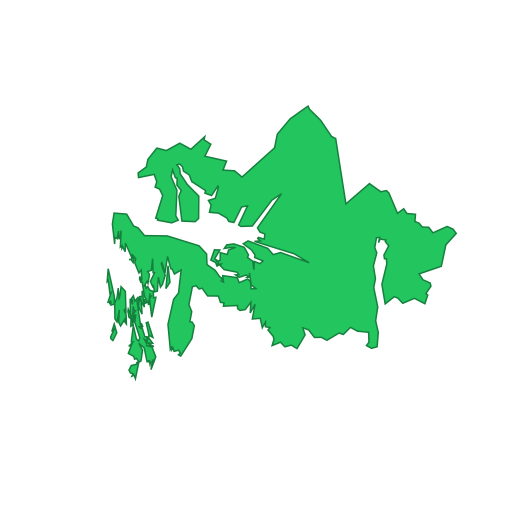 outline of Brønnøy nor, Nordland, Norway, rotated 322°
{"feature_id": "86288312B44340312529107", "entity_name": "Brønnøy nor", "entity_type": "district", "adm_level": 2, "iso_a3": "NOR", "parent_name": "Norway", "parent_adm1": "Nordland", "projection": "mercator", "projection_center": [12.383, 65.417], "detail": "fine", "context": "isolated", "style": "filled", "palette": "green", "viewbox_px": 512, "rotation_deg": 322, "n_neighbors": 0, "source": "geoboundaries", "source_scale": "gbopen_adm2", "svg_char_len": 6154}
<svg xmlns="http://www.w3.org/2000/svg" viewBox="0 0 512 512"><g transform="rotate(322 256 256)"><path d="M395.7,378.2L412.5,364.1L427.7,361.5L427.8,356.2L424.8,350.4L409.7,346.7L409.8,339.7L404.9,335.6L404.7,330.6L402.5,326.6L407.4,321.3L401.1,315.5L401.5,309.7L393.8,309.5L399.5,288.3L399.1,284.8L393.9,282.2L390.0,268.8L358.9,270.3L391.1,212.5L389.1,208.3L390.5,188.9L388.5,173.4L389.3,169.9L367.6,168.9L347.8,173.1L337.2,182.2L293.6,185.2L291.5,175.6L282.9,168.0L291.2,163.1L277.1,145.9L289.2,140.1L286.6,132.5L289.1,130.4L270.4,131.8L265.4,120.2L250.3,117.7L244.3,109.9L230.3,113.3L224.4,118.3L214.2,118.0L211.7,121.9L226.0,129.0L223.5,136.4L218.9,139.6L221.2,143.9L219.7,150.9L200.2,164.5L201.5,166.0L200.5,167.2L210.0,178.0L216.8,179.9L217.5,175.0L234.1,155.6L238.0,141.2L243.3,136.8L240.6,144.8L241.8,146.0L237.3,151.5L237.4,158.3L231.9,161.5L219.1,182.9L229.2,191.5L233.9,191.1L247.8,173.6L245.9,157.2L246.9,144.6L249.7,140.1L249.8,135.5L252.5,136.6L253.0,140.5L251.1,144.4L253.3,151.0L251.2,157.9L256.6,173.5L254.4,175.0L258.2,181.0L269.0,177.4L269.0,178.4L259.5,185.5L252.7,182.9L252.0,188.2L246.2,192.9L252.7,199.0L256.4,208.0L255.8,212.0L259.2,216.0L274.9,208.5L280.2,211.3L261.4,220.8L262.4,223.5L271.5,230.1L302.9,221.8L314.5,222.6L274.5,234.7L273.8,239.5L276.5,244.1L272.9,247.8L269.3,242.8L268.1,243.3L268.8,246.8L263.8,243.5L287.5,277.9L293.8,294.1L277.5,268.4L270.4,265.5L270.0,257.3L259.0,239.2L253.5,238.5L256.2,248.5L255.8,254.7L254.0,256.4L258.5,264.2L254.5,264.5L251.3,259.2L245.9,265.5L250.2,258.1L248.4,251.9L250.7,250.6L252.1,241.9L246.0,232.8L239.8,229.2L235.6,230.5L241.7,233.9L244.4,236.1L244.5,236.4L238.1,234.4L234.3,237.1L229.9,231.4L225.1,237.3L221.8,236.1L222.6,234.8L221.9,234.1L221.8,233.0L222.1,232.6L231.2,229.0L227.1,225.5L217.9,231.4L220.2,236.3L219.2,239.2L222.0,238.2L220.3,240.2L222.5,240.1L223.8,241.0L221.9,241.4L222.5,247.1L231.1,257.1L231.0,260.2L228.3,258.3L229.6,262.5L236.7,265.0L237.3,267.2L235.8,267.2L237.6,268.5L240.5,265.4L234.4,275.8L235.8,281.5L231.9,278.9L235.9,272.8L235.3,269.0L226.4,266.7L227.8,261.4L217.7,251.0L214.3,256.6L213.2,254.2L215.8,253.1L214.6,250.2L215.0,242.0L212.1,232.6L218.3,224.0L217.4,212.9L198.4,185.5L180.7,171.3L180.4,161.1L178.0,157.0L179.9,143.4L170.6,134.8L162.5,142.4L152.0,159.5L156.3,154.5L157.3,156.9L163.1,151.7L159.9,155.3L158.5,158.5L165.4,152.9L154.6,165.4L156.6,165.3L155.0,167.4L156.6,166.8L155.5,172.1L161.1,165.5L156.8,181.9L153.7,180.8L155.4,181.8L155.1,185.6L158.0,183.3L159.3,178.1L159.6,184.1L156.3,186.7L153.3,197.3L156.9,196.4L151.4,204.4L150.1,204.7L151.9,200.6L150.0,202.5L149.1,205.9L150.2,206.5L143.0,219.7L142.3,224.5L140.0,224.8L141.6,221.2L139.4,225.0L142.5,225.7L141.2,228.5L149.5,220.1L146.5,223.4L149.6,222.8L145.6,224.3L136.2,240.0L151.7,226.9L149.6,225.7L153.3,220.6L151.2,217.5L151.9,213.4L149.5,213.8L150.7,211.1L149.5,210.9L154.5,208.9L154.0,211.1L160.8,204.9L161.1,201.5L164.7,202.9L172.9,194.4L164.6,205.8L165.8,206.7L157.1,211.0L155.7,216.6L156.8,216.4L154.0,221.8L156.6,223.0L166.1,212.5L161.5,221.7L164.8,220.8L172.6,215.3L176.6,203.7L177.7,203.4L173.9,213.3L186.0,201.9L181.0,213.6L181.9,214.8L180.6,220.0L188.4,220.9L172.1,237.5L164.4,239.4L144.5,255.7L130.9,276.9L134.2,275.4L132.0,278.0L133.9,277.4L132.7,280.7L137.0,282.6L136.5,285.9L134.0,286.1L135.1,288.5L154.6,281.6L164.5,272.9L165.0,268.8L163.5,267.0L171.1,260.3L173.1,253.1L186.9,241.1L190.5,242.6L190.8,247.0L193.7,248.2L193.3,257.7L201.7,264.4L199.4,270.7L201.9,273.2L199.4,275.5L210.9,283.6L209.1,286.2L209.8,289.0L214.5,291.6L223.5,289.3L216.4,297.3L225.6,293.4L214.3,303.4L221.0,307.7L216.8,316.4L222.8,313.9L219.9,317.6L223.0,320.9L219.9,321.7L220.1,329.9L218.8,332.8L213.5,336.5L222.2,339.0L222.8,345.3L229.0,348.0L231.3,354.2L246.1,348.4L248.7,341.4L252.0,346.7L251.9,356.2L257.4,360.3L260.0,366.1L273.9,367.8L276.5,371.6L286.5,370.4L289.7,377.8L297.8,385.4L291.9,393.5L287.9,394.6L290.2,399.9L295.6,402.1L305.3,391.5L310.4,380.7L320.5,371.2L329.4,353.3L336.1,347.5L342.4,336.1L353.1,327.9L354.7,322.6L362.1,315.8L364.9,317.5L360.8,320.9L364.3,319.1L368.2,323.4L366.8,324.1L366.8,329.7L357.4,334.0L355.5,337.3L357.1,338.5L354.0,342.9L337.7,355.9L328.3,373.3L339.8,373.2L341.8,376.2L342.5,383.6L354.8,386.9L359.7,397.6L367.3,392.5L366.8,390.2L375.3,387.5L376.6,384.5L372.9,377.5L373.5,370.5L395.7,378.2ZM130.4,212.3L121.1,224.6L122.6,219.2L121.1,220.6L118.2,226.0L118.7,228.7L114.1,234.3L117.0,234.6L120.3,225.8L120.8,224.9L121.3,224.6L118.9,233.4L123.3,226.6L122.3,226.8L128.3,220.1L126.3,224.3L127.4,224.9L123.8,226.2L122.3,230.1L125.4,227.9L119.7,233.6L114.2,248.7L111.2,250.9L110.7,247.8L116.5,235.3L105.0,246.7L106.3,247.9L100.0,248.9L104.1,248.9L95.4,254.2L97.9,259.8L96.8,262.5L98.7,263.2L98.7,266.9L96.4,266.6L96.2,267.4L100.8,267.9L108.7,260.3L109.9,252.5L111.3,259.6L105.3,271.7L107.0,272.6L105.6,272.7L107.0,274.0L105.7,276.2L108.0,275.0L108.8,275.7L110.8,274.6L111.6,275.0L106.6,277.6L103.3,280.9L114.9,273.8L118.0,263.8L114.2,258.6L119.8,264.5L117.0,257.8L120.9,261.1L121.0,254.5L122.9,252.6L124.6,256.7L130.2,241.6L128.4,241.0L122.9,252.5L116.0,257.3L116.7,252.8L117.9,255.9L120.3,252.5L118.7,251.1L122.3,242.0L121.0,242.5L120.4,239.9L123.4,241.6L124.0,239.1L122.4,239.5L134.9,217.5L136.2,219.0L132.1,223.6L130.4,231.7L137.7,221.1L136.6,227.6L144.8,213.3L141.6,217.7L139.2,216.3L137.9,221.0L138.6,216.5L137.0,220.4L137.2,216.0L132.8,216.9L134.9,211.8L131.2,212.9L131.4,214.8L129.0,218.2L130.4,212.3ZM121.9,205.3L127.7,196.5L121.4,202.8L115.7,206.1L106.2,218.6L105.9,222.3L115.2,214.3L107.1,223.4L106.2,227.8L115.3,224.5L112.0,227.3L112.0,229.8L117.3,222.6L118.6,217.7L119.9,217.2L118.2,221.3L131.3,203.4L130.8,197.1L124.4,203.5L123.8,203.6L122.7,205.0L121.9,205.3ZM131.7,175.0L122.9,184.6L124.5,184.3L117.3,196.5L118.7,195.8L119.1,195.8L110.9,201.3L112.3,201.9L111.0,204.0L114.1,201.8L111.5,205.4L114.7,206.7L119.5,200.6L131.7,175.0ZM97.0,268.6L90.3,265.5L85.7,267.7L85.0,270.8L86.7,273.1L84.2,274.3L86.6,275.0L85.4,278.5L97.0,268.6ZM172.0,223.8L180.7,209.5L164.9,226.2L172.0,223.8ZM102.4,222.3L95.8,226.8L97.6,225.9L99.5,226.3L91.6,230.3L90.7,231.9L91.2,234.5L99.0,230.8L102.4,222.3Z" fill="#22c55e" stroke="#15803d" stroke-width="1.5"/></g></svg>